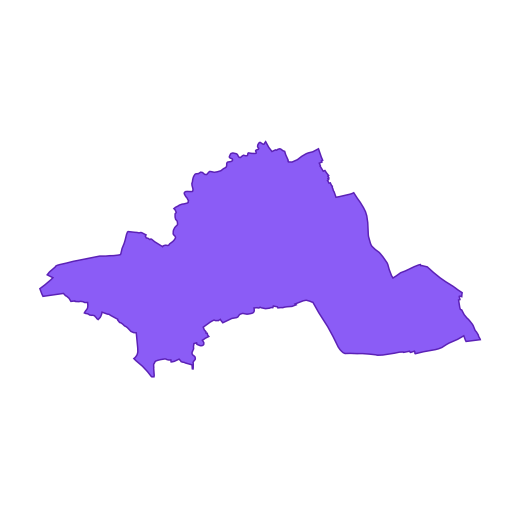 Mueang Sing Buri, Sing Buri, Thailand, rotated 86°
{"feature_id": "78962969B52977923658609", "entity_name": "Mueang Sing Buri", "entity_type": "district", "adm_level": 2, "iso_a3": "THA", "parent_name": "Thailand", "parent_adm1": "Sing Buri", "projection": "natural_earth1", "projection_center": [100.401, 14.906], "detail": "fine", "context": "isolated", "style": "filled", "palette": "violet", "viewbox_px": 512, "rotation_deg": 86, "n_neighbors": 0, "source": "geoboundaries", "source_scale": "gbopen_adm2", "svg_char_len": 6100}
<svg xmlns="http://www.w3.org/2000/svg" viewBox="0 0 512 512"><g transform="rotate(86 256 256)"><path d="M355.1,38.1L354.3,38.3L351.8,39.5L350.2,39.8L347.3,41.3L345.5,42.6L340.6,44.2L339.2,44.9L335.5,47.4L333.9,48.6L332.7,49.8L329.1,52.4L324.1,54.6L323.8,55.5L323.4,55.9L321.7,56.3L314.0,57.0L313.7,55.6L310.7,56.1L310.4,56.0L310.3,54.9L310.9,53.6L308.8,53.3L307.0,52.9L304.0,56.8L300.0,61.5L294.8,68.7L290.6,73.9L284.8,80.1L278.8,85.9L277.1,91.3L277.2,92.2L276.0,92.6L276.3,94.5L277.7,98.9L281.3,108.0L282.8,112.9L285.6,117.4L287.5,120.9L285.0,122.2L278.7,124.1L273.7,125.1L272.0,125.7L265.6,129.5L262.1,132.0L260.8,133.1L257.9,136.5L254.4,139.7L252.8,140.5L251.2,141.0L244.4,142.4L242.8,142.5L230.5,142.2L223.7,142.7L219.4,143.7L215.3,145.4L209.7,148.3L205.5,150.9L199.7,154.1L200.4,155.9L200.9,158.0L202.6,168.7L203.0,172.1L197.5,173.6L196.1,174.3L194.4,174.6L193.1,175.1L191.7,175.0L191.0,175.7L188.2,176.8L188.5,178.0L185.7,179.4L184.9,178.2L183.7,178.8L183.3,177.8L181.4,178.8L180.9,177.9L178.1,179.8L175.5,181.3L176.1,183.0L170.8,185.8L170.4,185.5L167.8,186.4L166.9,183.7L165.7,184.1L165.2,182.8L161.7,184.0L153.4,186.2L156.0,192.1L156.8,196.7L157.5,198.9L159.8,203.5L162.8,208.0L164.8,213.5L164.4,217.1L163.3,217.5L162.8,217.2L162.5,217.3L157.1,219.3L153.6,220.1L152.9,221.7L151.1,223.8L150.7,224.8L151.0,226.5L151.9,228.2L151.5,229.2L152.9,232.8L148.5,235.7L142.6,238.4L143.5,239.2L144.9,240.1L145.1,240.5L144.9,241.1L144.6,241.7L143.0,243.8L143.0,244.6L143.7,245.4L145.2,246.4L146.7,246.8L147.4,246.7L148.7,245.8L149.1,245.9L149.7,246.3L150.3,248.4L150.9,249.0L151.2,249.1L152.2,248.6L152.8,248.6L153.3,248.6L153.6,249.1L153.6,250.5L153.3,253.4L152.6,256.3L153.0,256.9L154.7,257.3L155.2,257.7L155.4,259.0L154.6,261.4L155.1,262.5L156.6,264.6L156.7,265.0L156.3,266.0L155.3,266.7L153.4,267.5L152.6,268.5L151.6,271.9L152.0,273.7L152.4,274.2L153.2,274.7L154.9,275.6L155.5,275.7L156.3,275.2L157.5,272.9L158.3,272.7L159.0,272.8L159.6,273.4L160.0,274.4L160.3,277.6L160.6,278.1L161.4,278.7L164.1,279.0L165.2,279.6L165.7,280.2L166.6,282.3L168.5,285.1L169.3,288.7L169.6,291.8L168.8,294.4L168.4,296.2L168.9,297.1L171.0,299.2L171.3,299.7L171.0,301.5L169.0,303.5L168.5,305.3L169.8,307.7L169.8,309.9L169.9,310.5L170.3,311.2L171.9,312.4L173.0,313.0L175.3,313.8L177.4,314.2L179.2,314.9L181.1,314.9L184.8,314.2L185.8,314.3L187.0,314.7L187.2,315.0L187.2,316.4L186.8,320.0L186.8,321.6L187.3,322.6L188.1,323.2L188.8,323.2L189.5,323.0L191.8,321.9L193.6,320.6L195.0,320.1L196.0,319.5L196.6,319.8L197.9,319.9L198.4,320.9L199.0,324.2L199.1,326.1L199.9,328.9L200.7,330.3L201.8,332.9L203.0,334.6L204.3,333.5L206.9,332.5L207.3,332.7L208.0,333.6L208.6,333.8L211.6,334.0L213.9,333.6L215.2,332.5L216.2,332.1L218.9,332.0L219.6,332.4L221.0,334.1L222.0,335.1L224.2,336.4L225.4,336.8L228.2,337.1L229.2,336.6L230.3,335.6L231.3,335.1L232.0,335.0L232.8,335.3L234.7,336.8L235.8,338.1L237.8,341.2L239.2,342.4L239.4,343.2L238.9,345.3L239.1,346.8L239.4,347.9L240.2,348.5L234.7,356.1L232.0,359.0L231.7,359.7L232.2,360.7L230.8,362.5L230.3,364.2L228.4,365.0L227.3,364.2L224.8,368.3L224.5,369.2L224.8,371.1L224.2,373.1L223.9,375.3L222.7,381.8L223.1,382.5L225.3,383.6L231.2,385.5L234.1,386.6L239.2,389.1L244.4,390.7L245.1,391.2L245.3,391.7L245.5,393.6L245.7,398.0L245.5,402.0L245.6,405.8L245.2,412.1L248.6,438.8L249.8,445.3L250.9,452.5L251.4,454.8L252.0,456.3L253.0,457.1L256.8,462.2L257.7,463.3L260.2,465.6L263.5,460.1L265.5,462.4L270.2,468.8L273.5,473.9L278.9,472.3L281.4,471.3L279.9,450.7L282.3,448.8L282.9,447.7L285.2,445.4L288.4,443.8L288.2,439.9L288.6,439.8L288.8,439.2L289.2,435.9L289.0,434.1L289.6,431.5L290.3,430.5L290.5,429.8L290.6,427.2L293.8,427.2L296.0,427.6L297.2,428.3L299.2,430.1L300.8,431.2L301.4,430.1L301.9,428.0L302.6,426.8L303.2,426.2L303.7,424.2L303.7,423.1L304.3,421.2L305.1,420.8L306.3,419.7L307.3,419.2L308.4,417.9L306.5,415.8L305.4,415.1L303.4,414.1L301.3,413.5L303.6,408.3L303.9,406.7L305.1,405.2L309.5,398.3L310.3,398.4L312.8,396.7L313.3,395.4L313.9,394.6L314.8,393.6L316.6,392.0L317.3,390.7L318.5,389.3L322.5,386.0L323.9,383.4L324.3,380.8L339.8,380.4L343.6,380.6L346.0,381.4L347.3,382.3L348.8,383.6L349.8,385.0L351.9,383.2L358.1,376.9L363.8,372.3L368.8,368.9L369.2,368.5L369.3,367.9L369.4,366.2L368.0,365.9L360.7,365.9L359.8,365.7L358.7,365.8L356.8,365.6L355.3,364.5L354.4,364.1L353.9,363.5L353.2,361.3L352.7,358.4L352.3,354.0L352.5,353.2L353.2,351.9L353.7,350.1L353.7,348.2L355.7,348.1L355.8,347.5L355.4,344.9L353.5,339.9L354.5,339.2L354.8,338.8L356.2,338.0L356.8,336.5L357.1,335.1L357.8,333.9L360.0,327.7L360.7,327.4L364.1,327.4L364.3,326.7L363.5,326.5L359.3,326.1L357.7,326.2L356.5,325.4L355.1,324.0L354.3,323.7L352.6,323.8L351.6,324.5L350.6,325.7L350.0,326.2L349.4,326.5L348.4,326.6L347.7,326.5L344.2,324.7L341.9,324.7L339.0,324.0L338.5,321.3L340.0,321.1L341.4,318.3L341.7,317.2L341.6,315.8L341.1,314.8L340.8,314.5L340.3,314.2L338.7,314.1L336.3,315.4L335.7,314.2L334.5,312.3L333.0,308.7L331.4,309.8L329.7,310.0L329.3,311.3L328.1,311.2L326.0,312.8L323.3,313.6L318.7,306.2L317.1,302.8L317.0,302.2L317.6,301.1L317.7,300.2L317.7,298.8L317.9,298.3L316.7,296.0L317.8,295.5L320.3,293.8L316.6,284.5L316.1,279.7L315.6,278.4L313.5,276.7L312.9,275.7L312.3,273.3L313.3,269.5L313.4,268.2L313.1,265.5L312.8,263.8L312.2,262.5L311.2,261.8L310.0,261.5L307.7,261.6L307.6,258.6L308.0,257.5L308.0,256.8L307.9,256.3L307.4,255.5L308.0,254.4L309.2,250.2L309.0,246.3L308.5,244.6L308.7,242.8L307.1,242.2L308.2,238.2L309.3,237.8L309.2,234.9L309.4,232.8L309.0,231.3L308.8,228.6L308.8,223.6L307.5,219.4L306.6,220.4L304.0,212.1L303.6,209.0L304.8,205.5L305.9,203.4L306.1,202.5L317.0,197.3L331.5,189.4L341.8,184.7L352.6,180.3L355.3,178.7L357.0,177.3L358.5,175.8L359.2,174.6L359.5,173.9L359.7,168.7L360.4,162.5L360.8,156.4L361.8,149.5L362.9,143.5L363.4,141.9L363.5,140.4L363.6,136.5L363.4,134.1L362.6,124.6L361.9,119.5L362.0,116.0L362.1,115.8L362.4,115.7L362.4,115.0L361.7,109.5L362.9,108.8L363.0,108.6L362.0,104.6L362.5,104.3L364.4,104.2L364.6,103.9L363.2,95.7L361.9,83.6L361.3,80.4L360.2,76.9L357.7,72.4L356.4,69.7L353.2,60.7L350.1,54.3L354.8,52.9L355.9,52.4L355.1,38.1Z" fill="#8b5cf6" stroke="#5b21b6" stroke-width="1.5"/></g></svg>